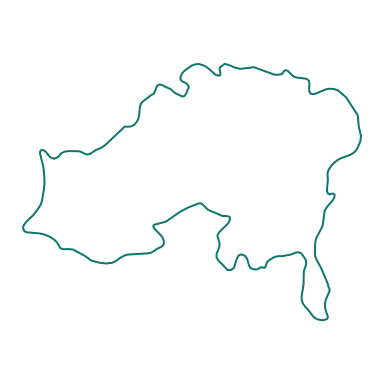 outline of Batna
{"feature_id": "DZA-2216", "entity_name": "Batna", "entity_type": "Province", "adm_level": 1, "iso_a3": "DZA", "parent_name": "Algeria", "parent_adm1": "", "projection": "equal_earth", "projection_center": [5.884, 35.34], "detail": "fine", "context": "isolated", "style": "outline", "palette": "teal", "viewbox_px": 384, "rotation_deg": 0, "n_neighbors": 0, "source": "natural_earth", "source_scale": "10m", "svg_char_len": 3342}
<svg xmlns="http://www.w3.org/2000/svg" viewBox="0 0 384 384"><path d="M218.7,75.7L220.3,75.0L220.4,72.2L219.7,70.3L219.6,68.4L219.8,67.5L224.8,63.8L231.5,66.0L233.4,67.1L240.2,68.9L253.8,67.2L274.9,74.8L278.1,74.7L281.8,74.1L284.1,71.0L285.6,70.2L287.6,70.7L292.2,75.3L294.5,76.9L297.1,77.6L305.6,78.6L307.0,79.2L308.7,80.5L309.4,83.1L309.4,85.4L309.1,88.1L309.2,90.8L310.4,93.6L312.9,94.2L316.1,93.5L326.2,89.2L329.9,88.7L333.6,89.0L337.7,90.2L345.9,97.1L357.8,115.3L358.7,126.1L361.0,135.9L360.7,139.3L360.0,142.2L357.6,148.0L355.9,150.6L353.5,152.9L349.9,155.0L340.9,158.2L337.7,160.0L334.4,162.5L331.5,165.5L328.4,170.2L327.5,173.5L327.9,180.2L327.1,187.5L327.0,191.0L327.7,193.2L329.6,194.5L331.9,193.7L333.5,193.6L334.5,194.5L334.5,196.9L333.0,200.0L326.7,207.3L324.6,211.1L322.6,226.0L316.3,238.1L315.5,240.9L315.2,243.5L314.9,252.2L315.1,255.9L316.3,259.2L321.0,267.9L327.4,282.7L328.3,286.2L329.7,289.8L329.3,291.7L325.8,299.7L325.0,303.6L325.0,306.6L325.6,309.6L327.1,314.7L328.0,317.1L326.9,319.1L325.7,319.5L323.1,320.2L320.0,319.9L317.1,319.2L314.7,317.8L313.0,316.2L307.9,309.6L305.2,306.7L303.0,303.7L301.7,299.9L301.6,296.3L303.6,284.3L303.7,275.0L303.9,271.6L304.4,269.3L305.9,265.5L306.2,263.8L305.9,260.4L304.2,257.4L301.1,253.1L298.3,252.2L295.1,252.8L291.4,254.4L282.8,256.1L278.6,256.1L275.8,256.6L273.3,257.6L268.2,260.8L266.8,262.8L265.4,266.9L265.0,267.5L264.5,267.8L261.4,267.3L260.8,267.4L256.9,269.4L253.7,269.3L251.2,268.3L250.0,267.4L249.4,266.1L248.4,263.5L247.7,260.6L246.8,258.2L245.2,256.0L243.1,255.0L241.0,254.5L239.2,255.0L237.8,256.6L236.5,259.6L234.0,267.7L232.9,268.6L230.8,270.1L227.7,270.0L224.6,267.0L222.7,264.8L218.7,261.0L216.6,257.5L216.6,253.8L219.3,247.2L219.6,243.6L217.4,235.6L218.2,233.6L220.3,231.0L227.0,224.6L228.8,222.2L229.9,219.7L229.7,217.1L228.5,216.4L226.1,216.0L222.5,216.0L208.2,209.9L202.3,204.1L200.3,203.3L198.7,203.4L188.3,207.5L180.5,211.5L166.0,221.6L153.9,224.9L153.2,226.3L154.5,228.8L161.3,235.8L162.3,237.1L163.3,239.4L163.7,241.0L163.8,243.8L163.0,245.6L160.9,247.1L157.5,248.6L155.9,249.6L153.3,251.5L150.8,252.8L147.1,253.4L127.5,254.6L124.1,255.7L120.5,257.7L116.3,260.8L112.0,262.8L106.3,263.5L100.0,262.8L91.6,260.7L84.5,255.7L73.0,249.5L67.0,249.0L65.4,249.3L62.8,249.1L61.2,248.5L60.5,248.1L59.7,247.2L57.7,243.5L56.5,241.9L55.2,240.5L51.5,237.8L47.9,235.9L43.7,234.3L39.2,233.4L26.7,232.3L25.0,231.5L23.9,230.4L23.4,229.0L23.0,227.3L24.0,224.8L26.6,221.4L33.0,215.4L38.0,209.0L40.8,204.4L42.0,200.7L44.0,188.8L44.5,182.9L44.2,175.0L43.3,166.9L40.1,153.7L40.1,151.9L40.7,150.5L41.9,149.9L43.5,150.2L44.9,151.1L46.3,152.4L49.4,156.4L50.1,157.1L52.2,158.2L54.6,158.7L58.6,156.5L59.2,155.8L60.6,153.8L62.0,152.9L64.7,151.6L68.6,151.1L78.6,151.2L81.6,152.1L84.2,153.5L87.0,154.5L90.0,153.9L96.2,149.8L100.4,148.3L105.3,145.0L124.7,126.6L129.7,126.7L132.0,126.0L134.5,124.6L137.1,121.4L138.4,118.4L139.2,114.8L139.8,108.2L140.2,105.7L141.0,103.7L142.3,101.9L150.9,95.3L153.9,93.6L155.2,90.8L156.2,87.7L157.5,85.4L159.8,84.4L162.8,85.3L165.6,87.0L170.0,88.8L171.8,90.1L173.5,91.8L175.6,93.3L182.3,96.5L184.6,95.9L186.3,93.3L188.8,87.1L187.7,84.6L185.5,82.8L182.9,81.8L181.2,80.5L180.4,78.5L180.8,76.1L182.0,73.6L183.7,71.5L186.1,69.5L191.6,65.7L195.2,64.3L199.1,64.0L204.6,65.8L208.6,68.6L215.6,74.8L218.7,75.7Z" fill="none" stroke="#0f766e" stroke-width="2"/></svg>